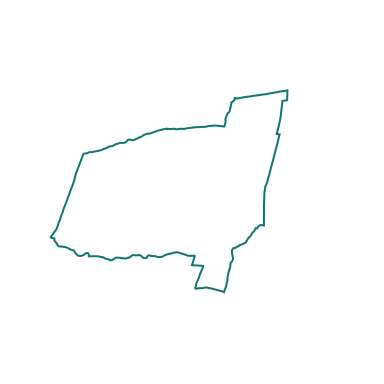 the district of Adaseni, Botosani, Romania, rotated 321°
{"feature_id": "2599482B82980263638886", "entity_name": "Adaseni", "entity_type": "district", "adm_level": 2, "iso_a3": "ROU", "parent_name": "Romania", "parent_adm1": "Botosani", "projection": "equal_earth", "projection_center": [26.935, 48.065], "detail": "fine", "context": "isolated", "style": "outline", "palette": "teal", "viewbox_px": 384, "rotation_deg": 321, "n_neighbors": 0, "source": "geoboundaries", "source_scale": "gbopen_adm2", "svg_char_len": 5993}
<svg xmlns="http://www.w3.org/2000/svg" viewBox="0 0 384 384"><g transform="rotate(321 192 192)"><path d="M323.8,180.5L324.4,179.8L324.8,179.2L327.2,176.5L330.1,173.1L327.4,171.6L321.8,168.3L320.6,167.8L316.8,165.6L315.4,164.8L313.5,163.8L310.7,162.3L310.0,161.8L309.5,161.5L297.7,154.5L294.3,152.4L292.9,151.6L290.8,150.4L290.1,150.0L289.3,149.6L288.5,149.2L284.6,146.9L284.8,146.6L284.9,146.2L284.3,145.9L283.9,146.5L283.4,146.9L282.9,147.1L282.3,147.3L281.6,147.3L280.6,147.4L279.8,147.3L279.1,147.1L278.9,147.6L278.5,147.9L277.8,148.4L276.7,149.3L275.6,149.9L275.4,150.2L275.3,150.4L275.1,150.7L274.8,150.8L274.7,150.9L274.0,151.3L273.4,151.8L273.0,152.1L272.5,152.5L272.3,152.7L272.2,152.8L271.2,153.3L270.9,153.4L270.6,153.4L270.2,153.3L269.2,153.3L266.7,154.6L265.3,155.5L264.2,156.1L263.4,157.0L263.1,157.6L262.2,158.6L261.7,159.1L261.2,159.5L260.8,159.7L260.4,160.0L259.8,160.5L259.4,160.7L258.7,161.2L258.4,161.3L258.1,161.2L257.9,161.1L256.1,159.2L254.5,157.6L253.4,156.5L251.9,155.0L251.5,154.7L251.2,154.4L250.4,154.0L250.1,153.8L249.5,153.3L249.1,153.0L248.2,152.4L247.4,152.0L246.2,151.1L245.6,150.8L245.0,150.5L244.6,150.4L244.2,150.2L243.8,150.0L237.9,145.7L235.8,144.0L230.8,141.0L229.3,140.0L228.0,139.2L226.4,138.4L225.1,137.6L224.5,137.2L224.2,136.9L223.9,136.6L223.7,136.3L223.2,135.9L222.5,135.4L220.8,134.4L220.0,133.8L219.6,133.6L219.2,133.4L219.0,133.2L218.8,133.0L218.5,132.2L218.3,132.0L218.0,131.7L217.7,131.4L216.9,131.0L214.8,129.4L213.6,128.3L212.7,127.6L212.4,127.5L212.2,127.5L212.2,127.2L212.2,126.9L212.0,126.7L211.7,126.5L211.3,126.3L210.9,126.2L210.2,125.7L209.2,125.2L208.7,125.0L208.1,124.8L206.3,123.8L205.9,123.7L205.4,123.4L205.1,123.3L204.8,123.1L203.9,122.8L203.3,122.6L202.3,122.3L201.7,122.0L200.7,121.6L199.3,121.2L196.8,120.4L195.4,119.8L195.1,119.6L194.7,119.1L194.4,118.9L194.2,118.8L193.4,118.4L193.0,118.2L192.5,118.0L191.7,117.8L190.8,117.4L190.4,117.3L190.0,117.2L189.6,117.2L188.0,117.3L187.5,117.2L186.8,117.0L185.6,116.4L185.2,116.2L184.9,116.2L184.6,116.3L184.4,116.3L184.0,116.3L183.4,116.1L182.3,115.7L181.9,115.6L181.4,115.5L180.1,115.2L179.6,115.0L178.7,114.6L178.2,114.3L177.9,114.0L177.5,113.4L177.0,112.6L176.3,111.8L175.9,111.5L175.4,111.3L174.9,111.2L174.4,111.2L173.9,111.3L172.3,111.7L172.0,111.7L171.8,111.7L171.6,111.6L170.2,111.0L169.5,110.6L169.1,110.3L168.7,109.9L167.2,108.7L166.8,108.4L166.2,108.2L164.7,107.8L164.4,107.7L164.1,107.5L163.3,107.1L163.0,106.9L162.6,106.8L160.9,106.6L159.9,106.4L159.5,106.3L159.2,106.2L158.2,105.6L157.1,105.0L156.4,104.7L156.1,104.6L155.6,104.4L154.6,104.2L153.8,104.1L153.3,104.0L153.0,104.0L152.7,103.9L152.0,103.6L151.1,103.2L150.8,103.0L150.5,103.0L149.5,102.8L148.5,102.5L147.3,102.1L146.1,101.5L144.1,100.6L142.3,99.6L141.8,99.2L141.4,99.0L140.2,98.6L139.7,98.3L139.0,97.8L138.5,97.3L138.1,96.9L137.7,96.7L137.3,96.5L136.9,96.3L135.7,96.0L135.3,95.9L134.7,95.7L134.1,95.4L132.8,94.5L132.3,94.3L131.9,94.1L131.7,94.0L131.3,94.2L130.2,94.9L129.4,95.4L127.5,96.4L125.4,97.7L121.4,100.0L115.5,103.5L114.4,104.1L113.2,104.6L112.1,105.6L110.3,106.8L109.7,107.4L109.1,107.9L108.6,108.2L107.5,108.9L106.1,109.9L104.7,110.8L102.5,112.1L101.3,112.7L99.8,113.6L97.4,115.0L96.5,115.6L95.7,116.1L94.7,116.7L92.9,117.7L92.1,118.2L91.2,118.7L89.8,119.7L88.7,120.3L86.8,121.5L85.0,122.4L83.4,123.3L81.4,124.4L78.6,126.4L78.0,126.7L76.4,127.5L75.3,128.2L74.6,128.6L73.8,129.1L73.3,129.5L72.5,130.2L71.9,130.6L71.2,130.8L69.3,131.8L67.7,133.0L65.3,134.4L62.9,135.7L61.3,136.1L54.1,138.1L54.4,138.5L54.0,139.5L55.7,141.2L55.7,141.9L55.3,142.2L54.8,142.6L54.4,143.3L54.5,144.1L54.6,144.9L54.5,147.7L53.9,149.1L54.0,149.8L54.9,151.1L55.9,152.1L57.0,152.9L59.7,156.3L62.0,161.5L62.4,162.0L63.0,162.4L63.4,162.9L63.5,163.6L62.9,166.0L63.1,168.2L63.4,169.7L64.4,170.9L65.7,172.0L68.5,172.8L70.4,172.7L71.8,173.1L72.7,174.2L72.4,175.7L71.7,176.7L71.5,177.3L72.2,177.7L74.3,179.3L77.6,182.0L79.5,183.9L79.9,184.7L81.5,186.4L81.9,186.9L82.4,188.3L82.9,189.3L83.2,189.8L83.7,190.5L84.4,191.2L85.1,192.0L85.1,192.8L85.4,193.5L86.0,194.0L86.8,194.6L87.9,194.8L90.1,194.9L91.4,195.1L92.7,196.0L94.7,197.9L95.2,198.8L96.2,199.5L97.9,201.4L99.1,202.2L101.3,202.9L101.5,203.4L103.2,203.6L103.8,203.7L104.3,203.7L104.9,203.5L105.4,203.5L106.0,203.7L106.5,204.0L107.2,204.6L108.7,206.2L109.7,206.7L110.4,207.3L110.9,207.3L112.3,209.4L112.4,210.3L112.4,211.0L112.6,212.1L113.4,213.4L114.3,214.2L115.1,214.6L115.6,214.6L116.2,214.1L116.9,213.8L117.5,213.8L118.5,214.1L119.0,214.4L119.3,214.9L119.5,215.3L119.9,215.8L120.5,216.4L121.4,217.3L122.1,218.0L122.7,218.4L123.1,218.7L123.4,219.2L123.8,220.1L124.9,221.4L126.6,222.7L127.2,222.9L127.7,223.4L129.1,223.8L130.1,224.0L130.7,224.1L131.4,224.1L131.9,224.3L134.0,225.1L135.0,225.5L135.9,226.2L136.9,226.6L137.7,226.9L138.7,227.4L139.3,227.5L140.3,228.0L141.8,229.0L142.8,229.8L144.2,231.7L145.3,233.5L146.2,234.8L146.7,235.6L147.3,236.4L148.0,237.7L148.8,239.0L149.4,239.6L150.1,240.3L151.5,241.3L153.8,243.2L153.8,243.5L150.8,245.5L149.2,246.7L145.9,248.8L154.1,256.4L152.9,257.5L151.5,258.2L149.0,259.6L145.8,261.3L143.9,262.6L142.6,263.4L140.8,264.4L139.2,265.0L137.4,266.1L136.9,266.5L136.5,267.1L134.2,268.5L133.9,269.0L134.4,269.9L136.7,271.0L138.6,272.6L140.7,273.9L142.9,275.0L146.1,278.8L153.1,288.5L153.6,289.4L153.9,290.0L155.6,288.8L158.2,287.4L159.9,286.1L160.8,285.5L161.7,284.4L162.4,284.1L163.4,283.5L165.5,281.1L167.0,279.7L168.5,278.5L171.7,276.1L174.1,274.8L175.7,273.0L177.6,271.3L178.8,271.4L181.2,270.3L182.3,269.2L182.9,267.9L184.4,265.1L186.3,262.5L188.7,261.7L190.5,262.5L191.1,262.9L193.1,262.9L193.6,263.3L195.3,263.3L195.7,263.6L196.4,263.5L198.8,264.5L199.7,264.6L202.0,265.1L206.0,263.5L210.1,262.9L213.6,261.5L215.0,261.7L216.3,261.3L218.7,260.2L219.6,261.2L221.2,260.6L223.7,260.6L225.0,261.2L226.8,263.3L240.0,247.1L248.2,237.7L251.7,234.8L251.9,234.2L256.5,231.8L284.2,211.5L296.3,202.4L294.3,200.3L300.7,195.5L307.5,190.0L319.6,178.1L320.0,178.3L321.1,179.0L323.8,180.5Z" fill="none" stroke="#0f766e" stroke-width="2"/></g></svg>